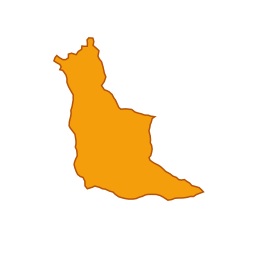 Valentim Gentil, São Paulo, Brazil, rotated 111°
{"feature_id": "56859067B94354005773824", "entity_name": "Valentim Gentil", "entity_type": "district", "adm_level": 2, "iso_a3": "BRA", "parent_name": "Brazil", "parent_adm1": "São Paulo", "projection": "albers", "projection_center": [-50.11, -20.408], "detail": "fine", "context": "isolated", "style": "filled", "palette": "amber", "viewbox_px": 256, "rotation_deg": 111, "n_neighbors": 0, "source": "geoboundaries", "source_scale": "gbopen_adm2", "svg_char_len": 1984}
<svg xmlns="http://www.w3.org/2000/svg" viewBox="0 0 256 256"><g transform="rotate(111 128 128)"><path d="M98.0,212.6L97.6,209.7L99.2,207.1L100.9,204.8L103.7,202.7L107.2,201.4L110.6,198.4L113.0,195.6L116.7,191.0L119.0,190.2L121.4,189.2L125.0,188.5L128.0,187.9L132.2,187.6L134.8,186.3L138.1,185.6L143.1,185.0L147.0,183.8L148.8,181.8L150.3,179.3L152.8,175.3L155.2,173.9L158.7,171.9L161.6,170.8L164.6,170.4L166.9,168.0L169.6,166.6L172.3,165.4L175.7,165.7L178.9,165.7L181.5,165.2L184.3,163.2L187.3,160.6L189.4,158.3L190.4,155.1L190.2,152.4L193.1,149.2L197.4,147.4L199.3,144.2L196.1,140.1L194.1,138.2L193.6,133.3L193.9,130.1L193.2,127.3L193.5,122.6L193.2,119.0L194.5,116.0L195.5,112.0L195.3,109.2L194.9,105.5L194.1,101.9L192.6,98.0L190.9,95.0L188.4,92.5L186.6,90.0L184.5,88.1L183.0,85.9L181.4,82.0L179.9,77.8L179.5,73.9L179.9,70.4L181.1,64.9L179.1,61.5L176.7,58.9L175.4,56.1L173.4,51.3L171.4,47.7L169.7,45.5L168.5,42.3L165.5,40.2L160.6,34.7L159.3,37.4L158.2,40.2L158.5,44.5L158.9,47.7L157.3,50.9L156.7,54.3L155.9,56.8L157.5,59.6L158.0,62.2L156.8,65.0L156.8,68.9L155.7,72.4L155.1,77.2L153.3,81.4L152.4,83.8L151.8,86.7L151.5,90.5L150.9,93.5L150.1,96.0L148.0,97.8L145.6,96.9L141.9,97.3L139.0,97.9L135.7,99.8L133.8,101.9L131.0,102.7L127.5,104.4L125.4,105.9L123.2,107.4L119.4,107.9L116.9,108.5L114.3,108.4L110.4,108.8L107.9,107.1L108.8,111.0L108.8,113.6L110.0,117.2L110.0,120.6L110.5,124.4L110.6,127.3L109.4,131.2L110.9,136.9L113.0,141.5L112.1,144.0L109.7,146.4L106.4,149.8L105.1,151.9L102.5,154.8L101.0,158.6L100.7,161.2L100.8,163.8L97.9,167.9L93.0,166.8L88.2,167.0L85.2,169.8L82.1,171.8L79.4,173.6L75.7,176.4L73.8,179.6L71.7,181.8L66.3,182.8L65.2,185.3L63.4,190.2L59.5,190.9L56.7,193.0L57.9,196.9L60.5,197.8L63.3,196.3L66.3,195.3L67.3,197.9L68.0,200.4L71.2,199.5L74.3,201.8L78.1,202.7L78.4,207.5L80.4,210.1L83.9,208.8L86.5,210.7L87.5,213.3L86.9,217.2L85.9,220.5L88.5,221.3L91.9,221.2L92.5,218.6L93.1,214.3L94.9,212.3L98.0,212.6Z" fill="#f59e0b" stroke="#b45309" stroke-width="1.5"/></g></svg>